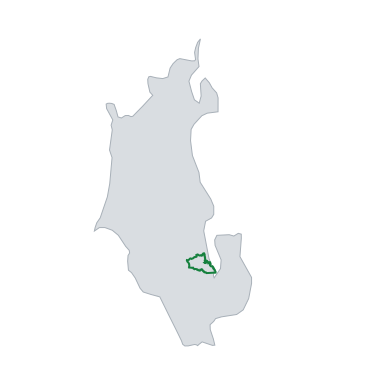 location of Abangares, Guanacaste, Costa Rica, rotated 224°
{"feature_id": "36466004B17800837418236", "entity_name": "Abangares", "entity_type": "district", "adm_level": 2, "iso_a3": "CRI", "parent_name": "Costa Rica", "parent_adm1": "Guanacaste", "projection": "orthographic", "projection_center": [-85.008, 10.251], "detail": "fine", "context": "in_parent", "style": "outline", "palette": "green", "viewbox_px": 384, "rotation_deg": 224, "n_neighbors": 0, "source": "geoboundaries", "source_scale": "gbopen_adm2", "svg_char_len": 5749}
<svg xmlns="http://www.w3.org/2000/svg" viewBox="0 0 384 384"><g transform="rotate(224 192 192)"><path d="M314.8,195.6L314.4,197.0L313.2,198.4L311.3,199.9L308.9,200.9L303.1,198.0L297.4,194.6L294.2,196.2L293.1,200.6L290.9,202.9L288.3,203.8L287.2,205.3L287.1,220.2L287.4,234.3L291.7,234.6L299.0,239.4L302.1,242.3L303.1,244.9L302.2,246.3L296.9,249.4L291.8,253.3L289.2,258.1L293.8,265.9L294.8,271.3L294.6,276.8L293.4,279.5L283.4,286.0L281.2,288.2L281.5,289.8L287.1,294.2L289.7,298.5L291.9,303.6L292.3,308.0L287.2,299.8L280.2,291.9L274.1,287.1L273.6,275.7L271.2,269.6L262.1,264.0L254.3,260.0L248.5,260.9L252.1,267.4L261.2,275.7L261.9,278.9L261.7,283.2L255.4,282.6L249.9,280.9L243.1,280.4L238.6,277.8L229.0,267.8L235.8,259.3L237.9,253.7L237.6,242.1L236.1,236.4L228.7,227.9L217.0,218.5L200.6,210.9L192.9,204.7L173.7,200.0L166.5,196.9L160.8,191.0L159.9,186.9L161.9,180.4L156.6,172.2L133.8,156.1L121.1,150.1L118.4,146.6L116.4,145.6L118.3,156.7L123.9,163.4L138.4,169.7L142.4,173.3L144.0,178.1L135.6,187.1L131.3,189.4L130.0,194.4L127.3,195.9L124.4,193.0L112.6,178.8L89.8,171.9L85.7,167.7L77.2,154.7L73.3,142.8L74.8,134.9L84.1,122.6L87.1,117.3L86.5,114.0L86.8,109.1L83.3,105.7L74.7,101.2L69.2,97.7L70.7,95.9L80.6,91.2L81.2,86.9L81.2,85.4L82.8,85.1L84.3,84.0L85.1,82.8L87.8,78.7L90.2,76.3L92.9,76.0L96.3,77.7L108.7,82.2L122.6,87.1L142.3,94.2L150.5,89.7L157.6,86.2L162.5,86.7L173.1,90.7L179.5,92.0L183.4,91.6L190.2,97.5L193.9,101.9L194.5,104.8L196.6,106.4L201.9,106.8L214.9,109.7L222.8,109.1L230.0,105.9L233.9,102.1L235.1,96.1L236.9,99.0L239.1,103.7L240.1,109.7L249.5,129.7L257.0,140.9L273.4,161.2L280.5,164.9L292.5,181.3L296.6,183.9L299.0,188.8L311.4,192.7L314.8,195.6Z" fill="#d9dde1" stroke="#a8b0b8" stroke-width="1"/><path d="M139.4,137.4L139.1,137.8L138.9,138.0L138.7,138.3L138.2,138.2L137.9,138.0L137.8,137.9L137.7,137.9L137.4,138.1L137.1,138.1L136.9,138.1L136.7,138.1L136.6,138.5L136.2,138.8L136.0,139.0L135.9,139.1L135.8,139.3L135.6,139.4L135.3,139.5L134.9,139.8L134.7,139.9L134.5,140.0L134.3,140.0L134.2,139.8L133.9,140.0L133.7,140.2L133.4,140.2L133.2,140.0L132.9,140.1L132.7,140.4L132.6,140.6L132.4,140.7L132.2,140.8L132.1,141.0L131.9,140.9L131.8,141.1L131.7,141.2L131.4,141.4L131.4,141.8L131.5,141.9L131.5,142.2L131.7,142.3L131.5,142.5L131.5,142.8L131.4,142.8L131.4,142.7L131.2,142.7L131.1,142.9L131.1,143.0L131.0,143.3L130.8,143.4L130.6,143.3L130.3,143.2L130.1,143.2L129.9,143.1L129.7,143.0L129.6,142.9L129.2,142.8L128.9,142.8L129.0,142.9L128.9,143.0L128.7,143.1L128.4,143.1L128.2,143.2L127.9,143.0L127.7,143.1L127.4,143.0L127.0,143.1L126.9,143.2L126.9,143.3L126.7,143.4L126.5,143.5L126.4,143.6L126.3,143.8L126.1,143.8L126.1,143.7L125.9,143.7L125.7,143.7L125.3,143.7L125.2,143.8L125.0,144.0L120.1,149.3L119.9,149.5L119.7,149.8L119.4,149.9L119.3,150.1L119.2,150.2L119.1,150.4L119.7,150.8L119.7,151.0L119.9,151.1L120.2,151.2L120.5,151.3L121.4,151.7L121.5,151.8L121.8,151.8L122.2,151.8L122.3,151.9L122.5,151.9L122.8,151.8L123.0,152.1L123.2,152.3L123.5,152.3L123.7,152.2L123.9,152.1L124.0,152.3L124.3,152.4L124.4,152.5L124.5,152.6L124.8,152.6L125.0,152.7L125.2,152.8L125.3,152.8L125.5,152.7L125.8,152.7L125.9,152.3L126.2,152.0L126.3,151.9L126.7,151.8L126.8,151.7L127.4,151.7L127.5,151.7L128.2,151.8L128.5,152.0L128.8,152.2L128.6,152.4L128.5,152.6L128.5,152.8L128.7,153.1L128.9,153.1L129.2,153.4L129.5,153.6L130.0,154.0L130.3,154.0L130.4,153.9L130.5,153.8L130.6,153.6L130.5,153.4L130.4,153.3L130.2,153.1L130.1,152.9L130.4,152.8L130.5,152.8L130.8,152.9L130.8,152.7L130.7,152.5L130.7,152.4L130.8,152.2L130.9,152.3L131.0,152.4L131.0,152.5L131.2,152.4L131.3,152.4L131.4,152.2L131.5,152.2L131.7,152.3L131.8,152.5L132.1,152.7L132.2,152.8L132.4,152.8L132.5,152.7L132.9,152.8L133.2,152.8L133.4,152.9L133.6,152.8L133.6,152.7L133.6,152.4L133.7,152.1L133.4,152.1L133.2,152.0L133.1,151.9L133.1,151.7L133.1,151.3L133.0,151.2L132.9,151.1L132.9,150.9L133.0,150.6L132.9,150.6L132.8,150.4L133.1,150.2L133.4,150.0L133.5,150.0L133.6,149.8L133.8,149.8L133.6,150.1L133.5,150.3L133.8,150.6L133.9,150.8L134.4,151.0L134.6,151.1L135.0,151.3L135.2,151.5L135.4,151.7L135.5,151.9L135.5,152.1L135.4,152.3L135.4,152.5L135.6,152.7L135.7,152.8L135.8,152.9L135.9,153.0L136.2,153.1L136.3,153.2L136.6,153.3L137.1,153.6L137.2,153.8L137.2,154.1L137.3,154.2L137.6,154.3L137.9,154.5L138.1,154.6L138.4,154.8L138.6,154.9L138.8,155.0L139.0,155.3L139.1,155.5L139.4,155.7L139.5,155.8L139.9,156.0L140.1,156.1L140.8,156.2L141.0,156.2L141.2,156.3L141.6,156.3L141.4,156.2L141.2,156.2L141.2,155.9L141.2,155.7L140.9,155.3L141.0,155.2L141.2,154.9L141.2,154.7L140.9,154.3L140.9,154.2L141.0,153.9L141.0,153.6L140.7,153.5L140.8,153.4L140.7,153.2L140.8,153.0L140.8,152.9L141.3,152.7L141.5,152.5L141.8,152.6L142.0,152.3L142.2,151.8L142.6,151.4L142.9,151.3L143.0,151.3L143.5,151.2L143.8,151.2L144.3,151.1L144.6,150.9L144.8,150.7L144.8,150.3L144.8,150.1L144.9,149.9L145.0,149.7L144.4,149.5L144.3,149.3L144.2,149.2L143.9,148.9L143.8,148.7L143.9,148.4L144.0,148.1L144.3,147.9L144.5,147.8L144.6,147.7L144.7,147.3L144.7,147.0L144.8,146.9L145.0,146.8L145.0,146.7L145.1,146.4L145.2,146.1L145.1,145.9L145.1,145.6L145.1,145.4L145.1,145.2L145.5,144.5L145.6,144.1L145.8,143.6L146.3,143.5L146.8,143.3L146.9,143.2L147.1,142.9L147.1,142.5L147.1,142.3L147.2,142.2L147.1,141.8L147.1,141.4L147.2,141.0L147.3,140.8L147.4,140.5L147.6,140.2L147.7,139.9L148.4,139.5L148.3,139.3L148.1,139.2L147.6,139.2L147.3,139.0L147.2,138.8L147.1,138.7L146.7,138.7L146.4,138.7L146.1,138.7L146.0,138.8L145.9,138.8L145.7,138.7L145.3,138.6L144.7,138.5L144.6,138.4L143.9,138.1L143.7,137.8L143.4,137.7L143.2,137.5L143.0,137.4L142.9,137.3L142.8,137.1L142.7,137.0L142.6,136.9L142.5,136.7L142.4,136.6L142.3,136.4L142.2,136.3L142.1,136.1L142.0,135.9L141.8,135.9L141.6,135.7L139.5,137.4L139.4,137.4Z" fill="none" stroke="#15803d" stroke-width="2"/></g></svg>